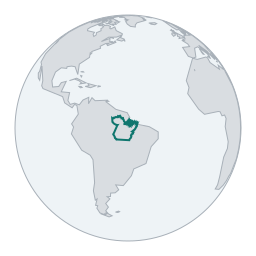 Pará on an orthographic globe
{"feature_id": "BRA-594", "entity_name": "Pará", "entity_type": "State", "adm_level": 1, "iso_a3": "BRA", "parent_name": "Brazil", "parent_adm1": "", "projection": "orthographic", "projection_center": [-50.886, -3.617], "detail": "fine", "context": "on_globe", "style": "outline", "palette": "teal", "viewbox_px": 256, "rotation_deg": 0, "n_neighbors": 0, "source": "natural_earth", "source_scale": "10m", "svg_char_len": 12153}
<svg xmlns="http://www.w3.org/2000/svg" viewBox="0 0 256 256"><circle cx="128" cy="128" r="113" fill="#eef3f6" stroke="#a8b0b8"/><path d="M90.1,21.9L91.3,21.5L91.3,22.8L93.5,21.9L94.9,22.3L98.0,21.6L97.1,22.4L100.4,21.2L100.6,20.6L102.1,20.0L104.0,19.6L103.1,20.4L102.1,20.7L102.8,20.8L101.6,21.4L103.3,20.9L102.1,22.2L106.0,20.4L107.3,21.1L105.8,22.1L102.4,22.5L90.4,27.3L87.8,29.0L87.5,30.7L94.5,32.3L93.1,34.3L93.8,36.5L96.2,34.9L96.5,32.7L101.1,30.7L100.9,28.6L102.8,27.6L104.1,25.5L107.7,25.3L110.5,26.4L109.7,28.2L110.9,28.9L114.8,26.9L116.2,30.6L122.3,33.7L122.2,34.9L116.5,37.1L108.7,37.2L101.4,41.5L110.0,38.4L109.7,42.0L111.3,42.6L113.5,42.4L115.1,41.0L115.9,42.4L107.6,45.6L106.8,44.4L109.4,43.2L105.8,43.5L100.2,46.3L100.5,48.3L91.8,51.5L91.9,53.1L90.0,54.9L90.4,52.1L89.5,57.4L79.3,64.1L77.8,74.5L75.1,66.7L71.6,66.1L67.1,66.7L66.7,68.4L61.3,67.8L55.5,72.0L51.9,80.6L52.6,87.0L58.7,86.5L61.3,82.6L66.2,81.4L61.2,91.8L69.6,92.6L67.9,100.5L70.2,104.4L74.7,103.1L79.3,104.8L83.0,100.0L88.8,97.3L88.5,103.7L92.0,97.7L95.1,100.7L106.9,100.2L105.9,101.7L115.8,109.3L127.2,112.7L129.8,117.5L128.4,120.5L132.5,121.4L132.5,123.3L149.3,126.7L158.2,131.9L158.2,138.8L151.2,146.6L146.0,163.5L133.8,168.9L131.4,175.7L123.3,185.6L115.7,184.9L118.7,189.8L115.2,192.8L110.6,193.1L110.5,196.5L107.1,196.7L109.9,198.9L105.7,203.5L108.4,207.1L105.7,210.8L107.6,212.9L106.1,212.8L104.8,213.6L105.1,214.8L99.9,212.9L96.9,208.2L97.7,205.7L95.6,205.3L97.1,198.9L95.3,200.2L93.4,190.7L94.6,182.6L93.0,159.7L90.2,155.2L81.7,150.2L71.4,133.9L73.6,127.0L71.6,123.9L78.3,114.1L76.9,105.5L74.6,104.4L72.1,107.8L64.7,102.9L62.6,96.6L43.0,88.6L41.7,85.8L42.8,80.7L42.0,66.1L39.7,80.3L38.3,77.9L38.3,73.0L39.6,71.4L41.5,64.3L41.0,62.1L45.6,53.7L55.9,42.9L55.2,44.1L57.7,41.7L58.8,40.2L58.8,39.8L68.9,32.1L69.3,31.9L79.4,26.4L90.1,21.9ZM76.6,78.2L86.2,82.9L80.1,83.9L81.4,82.8L79.1,80.8L74.6,79.1L69.4,80.6L76.6,78.2ZM82.4,72.0L80.6,71.7L82.4,71.6L82.4,72.0ZM58.5,39.9L58.5,40.3L56.8,42.4L56.4,42.2L58.5,39.9ZM62.1,36.7L62.8,36.3L59.9,38.5L60.4,38.0L62.1,36.7ZM102.0,25.8L103.0,25.7L102.2,26.1L102.0,25.8ZM101.6,25.1L100.0,25.8L99.5,25.6L100.5,25.2L101.6,25.1ZM103.7,24.5L99.0,25.1L98.3,24.8L101.5,23.1L103.7,24.5ZM99.9,20.6L99.7,21.2L98.1,21.1L99.9,20.6ZM98.5,20.8L91.5,22.2L92.6,21.4L94.7,21.0L94.8,20.5L98.9,19.4L99.7,19.4L98.2,20.1L100.9,19.2L98.5,20.8ZM102.6,19.7L101.1,20.0L101.9,19.3L105.2,18.7L103.8,19.1L102.6,19.7ZM92.9,21.1L94.1,20.6L97.7,19.5L98.7,19.3L99.1,19.4L92.9,21.1ZM104.6,19.1L106.8,18.5L108.0,18.5L104.1,19.5L104.6,19.1ZM100.8,19.4L101.4,19.1L102.1,19.1L100.8,19.4ZM113.8,18.7L111.9,18.8L112.2,18.4L113.8,18.7ZM107.5,18.2L107.0,18.3L107.0,18.2L108.6,17.8L107.5,18.2ZM101.6,18.7L102.8,18.4L101.6,18.6L104.2,18.0L105.2,17.9L106.0,17.7L104.9,18.1L101.6,18.7ZM110.0,17.3L110.7,17.7L114.0,17.5L113.8,17.8L108.5,18.1L110.0,17.3ZM107.1,17.7L108.9,17.5L107.8,17.8L105.9,18.3L107.1,17.7ZM106.1,17.6L102.1,18.4L102.3,18.3L106.1,17.6ZM111.2,17.1L111.6,17.1L111.2,17.1ZM107.9,17.3L106.5,17.5L107.9,17.3ZM111.9,16.8L112.1,16.9L110.8,17.1L111.9,16.8ZM110.3,16.9L111.0,16.8L110.2,17.1L109.6,17.1L110.3,16.9ZM108.4,17.2L108.1,17.2L109.0,17.1L108.4,17.2ZM116.7,16.1L116.1,16.4L113.2,16.8L114.2,16.4L116.7,16.1ZM109.1,216.9L100.6,213.7L105.2,215.1L107.2,213.2L112.1,215.8L109.1,216.9ZM115.5,212.1L118.6,211.1L119.6,211.7L117.8,212.5L115.5,212.1ZM205.6,46.3L206.2,46.9L207.7,48.4L208.2,48.9L206.7,47.5L205.7,46.5L204.6,45.6L209.3,50.9L211.6,53.2L210.4,53.8L214.1,57.9L214.9,59.6L208.9,53.5L207.2,51.4L198.7,45.3L200.4,47.5L208.6,53.6L207.3,53.0L209.7,56.6L207.0,53.5L197.6,46.8L194.6,48.2L195.9,57.1L193.1,58.0L188.3,56.3L182.6,47.4L189.6,46.6L187.7,43.9L181.8,40.3L184.4,40.6L182.9,39.2L185.1,38.9L183.8,35.7L185.4,35.4L180.7,31.6L180.8,31.1L183.6,33.4L186.4,35.1L189.8,35.2L189.2,34.5L185.8,32.1L187.2,32.7L183.5,30.5L183.4,30.0L180.5,28.9L176.4,26.7L174.1,25.3L172.2,24.5L176.1,26.9L178.1,28.1L180.7,29.3L185.7,33.1L185.5,33.7L178.2,29.4L177.0,30.0L171.8,26.9L164.5,21.7L163.7,21.2L163.8,21.2L171.5,24.1L178.9,27.5L186.1,31.5L192.9,35.9L199.4,40.9L205.6,46.3ZM230.6,81.5L227.1,74.6L225.9,72.4L225.8,72.2L225.5,71.7L227.4,75.3L225.0,71.3L232.4,85.6L234.7,91.9L235.0,92.8L237.5,101.4L239.2,110.1L240.3,119.0L240.6,127.9L240.3,136.8L240.3,137.2L240.0,140.0L238.6,149.3L236.5,158.4L236.2,159.3L233.7,165.5L230.6,173.5L228.8,176.1L226.5,180.6L223.2,185.2L218.9,189.4L215.2,189.0L217.6,184.8L219.7,176.6L223.7,157.1L227.4,148.5L228.2,141.7L225.2,126.6L226.1,118.5L224.6,115.0L222.0,115.8L220.0,111.7L218.1,111.5L204.5,114.3L198.6,109.1L187.7,93.7L189.0,87.5L186.3,80.6L192.6,58.2L197.2,59.4L205.9,57.0L207.5,57.8L210.1,62.6L219.4,69.2L218.2,65.2L223.2,69.2L224.2,69.6L218.3,60.6L216.6,59.7L212.8,55.3L211.3,52.2L211.7,52.6L217.2,59.2L222.3,66.3L226.7,73.8L230.6,81.5ZM194.3,69.2L195.0,71.1L194.3,69.2ZM107.3,100.2L108.7,101.4L106.7,101.4L107.3,100.2ZM78.9,86.4L81.1,86.5L82.2,87.4L80.4,87.8L78.9,86.4ZM98.2,85.8L100.8,86.3L97.9,86.9L98.2,85.8ZM87.8,83.5L96.0,85.7L90.4,87.7L85.2,86.4L89.0,85.7L87.8,83.5ZM80.7,75.5L82.0,75.9L81.3,77.0L80.7,75.5ZM83.7,72.0L83.1,72.1L82.6,71.2L83.7,72.0ZM110.2,41.8L110.9,41.6L113.0,41.7L111.7,42.3L110.2,41.8ZM124.2,39.1L125.1,41.4L123.6,40.0L121.9,41.1L116.8,39.9L121.9,35.5L120.5,37.6L124.2,39.1ZM111.3,37.5L114.0,38.5L110.9,37.6L111.3,37.5ZM172.2,32.8L174.4,33.5L175.6,35.0L173.6,36.3L171.7,34.0L172.2,32.8ZM177.2,34.3L170.5,30.2L171.5,29.5L172.1,30.5L173.4,30.5L174.7,32.2L182.2,35.9L183.8,37.6L179.1,38.5L179.8,37.1L177.6,36.4L177.2,34.3ZM151.7,23.9L148.8,23.0L154.7,22.7L156.7,23.6L154.8,24.7L151.3,24.2L151.7,23.9ZM110.2,21.7L108.7,22.0L108.9,21.6L110.4,21.2L110.2,21.7ZM112.9,18.8L116.9,20.5L115.4,20.8L119.6,21.9L117.3,23.2L114.6,22.4L116.0,24.4L112.7,24.2L114.0,25.6L108.4,23.6L105.5,23.8L109.7,23.0L111.9,21.8L112.0,21.3L110.0,20.1L104.9,20.2L106.2,19.3L108.6,18.6L110.0,18.4L108.7,19.0L111.6,18.4L110.7,19.2L112.9,18.8ZM135.1,15.7L133.0,15.7L138.7,16.0L137.9,16.2L138.6,16.2L139.4,16.6L141.6,17.1L140.7,17.2L142.0,17.4L142.5,17.8L143.9,18.1L142.9,18.5L144.5,19.1L143.0,19.0L146.2,19.9L143.4,19.4L143.8,20.0L146.3,20.2L137.0,22.8L135.3,24.9L135.3,27.0L130.5,26.4L127.3,24.1L125.7,21.6L128.0,20.0L125.4,20.2L125.8,19.5L127.7,19.6L124.9,19.1L125.7,18.6L124.2,17.4L119.8,17.3L119.1,17.0L121.3,16.8L119.1,16.7L122.7,16.2L122.3,16.1L125.5,15.7L129.8,15.7L129.0,15.6L131.4,15.5L135.1,15.7ZM117.6,15.9L123.0,15.6L125.3,15.6L118.8,16.3L118.7,16.5L114.7,17.4L111.6,17.4L113.0,17.1L113.7,16.9L114.4,17.0L114.3,16.7L116.3,16.4L116.8,16.2L118.4,16.1L117.6,15.9ZM207.3,56.1L208.2,56.3L209.1,56.2L210.6,58.6L207.3,56.1ZM201.0,51.6L201.5,51.3L204.0,54.3L203.1,54.2L201.0,51.6ZM199.5,48.7L201.3,51.0L199.8,49.7L199.5,48.7ZM183.8,33.2L184.1,32.9L185.0,33.4L185.8,34.3L183.8,33.2ZM149.1,17.3L151.8,17.9L150.2,17.6L149.8,17.5L145.8,16.8L146.0,16.8L147.0,17.0L149.1,17.3ZM219.2,62.0L220.2,63.6L219.5,62.7L219.3,62.3L219.2,62.0ZM216.2,60.9L217.9,62.2L216.6,61.5L216.2,60.9ZM151.4,17.8L151.5,17.8L149.8,17.5L150.0,17.5L151.4,17.8Z" fill="#d9dde1" stroke="#a8b0b8" stroke-width="1"/><path d="M115.8,117.0L116.2,117.2L117.0,117.1L117.9,117.3L118.1,117.2L118.1,116.9L117.8,116.5L117.7,116.5L117.9,116.2L118.0,116.0L118.5,116.2L119.1,116.2L119.3,116.0L119.7,115.9L119.7,116.0L120.0,115.8L120.2,116.1L120.4,116.2L120.5,116.5L120.3,117.0L120.4,117.4L121.2,117.5L121.7,117.7L121.7,118.0L121.9,117.9L122.2,118.2L122.5,118.1L122.8,118.2L122.8,118.5L123.0,118.4L123.0,118.6L122.9,118.7L123.0,119.1L123.3,119.3L123.6,119.5L123.6,120.1L123.8,120.4L123.8,120.8L124.0,121.3L124.6,121.7L124.6,122.0L124.8,122.2L124.8,122.6L125.1,122.6L125.1,123.0L125.3,123.1L125.6,123.2L125.7,123.3L125.8,123.1L126.0,123.2L126.0,123.5L125.8,123.6L125.3,123.5L124.4,123.9L124.4,124.0L125.3,123.9L125.4,124.0L125.5,124.1L125.9,124.0L126.5,123.6L126.9,123.5L127.0,123.3L127.8,122.9L127.8,122.7L127.9,122.8L127.9,122.7L128.1,122.7L128.1,122.9L127.9,123.1L128.1,123.3L128.1,123.7L128.5,124.3L128.3,124.3L128.3,124.5L128.2,124.6L128.4,124.6L128.4,124.4L128.5,124.5L128.8,124.7L128.8,124.8L128.9,124.7L128.9,125.0L129.1,124.6L129.4,124.7L129.5,124.5L129.8,124.5L130.0,124.6L130.0,125.0L130.0,124.9L130.1,125.0L130.0,124.6L130.4,124.6L130.5,124.8L130.4,124.6L130.5,124.5L130.8,124.4L130.8,124.5L131.0,124.6L131.0,124.8L130.6,125.6L130.6,125.8L130.4,126.2L130.7,126.1L131.2,124.7L131.8,124.0L132.0,124.0L131.6,124.5L131.8,124.4L132.4,123.6L132.8,124.2L132.7,123.9L133.0,123.8L132.7,123.8L132.7,123.4L132.8,123.3L133.0,123.5L133.1,123.2L133.1,122.9L133.3,122.9L133.4,122.7L133.4,122.4L133.6,122.2L133.7,122.4L133.9,122.2L134.1,122.3L134.0,122.0L134.2,122.4L134.4,122.3L134.5,122.0L134.7,122.4L134.9,122.5L134.9,122.4L134.7,122.3L134.7,122.1L134.8,122.1L135.1,122.1L135.2,122.3L135.3,122.2L135.3,122.4L135.4,122.5L135.5,122.2L135.5,122.6L135.7,122.3L135.8,122.5L135.7,122.6L136.0,122.3L136.1,122.7L136.1,122.8L136.2,122.6L136.4,122.6L136.1,122.8L136.8,122.6L136.7,122.7L136.7,123.0L136.9,122.9L136.9,123.0L137.0,122.9L137.0,123.1L137.0,122.9L137.1,123.1L137.0,122.9L137.1,122.7L137.3,122.7L137.1,123.2L137.3,123.1L137.5,123.2L137.3,123.5L137.2,123.8L137.2,124.2L137.0,124.3L137.0,124.5L137.1,124.8L137.0,125.2L136.8,125.3L136.7,125.9L136.3,126.2L136.5,126.5L136.3,126.6L136.2,127.1L136.0,127.4L135.7,127.6L135.7,127.8L135.5,128.5L135.0,128.9L134.9,129.3L134.5,129.8L134.3,130.0L134.0,129.9L132.2,131.4L132.6,131.5L132.9,131.5L133.1,131.7L133.2,131.8L133.4,132.0L133.1,132.2L133.2,132.6L133.1,132.9L132.8,133.0L132.9,133.4L132.7,133.4L132.5,133.5L132.3,134.0L131.7,134.2L131.3,134.5L131.3,135.1L130.9,135.7L131.0,136.0L131.4,136.2L131.1,137.3L130.6,138.2L130.2,138.4L129.6,139.2L129.4,139.9L129.3,140.2L117.2,139.5L116.8,139.3L116.6,139.4L116.5,139.1L116.1,139.1L116.0,138.7L115.0,138.1L114.8,137.5L114.9,137.1L114.6,136.7L114.2,135.7L113.8,135.3L113.8,135.0L113.3,134.5L113.2,134.2L113.6,133.7L117.2,125.6L117.4,125.3L117.0,125.4L117.0,125.2L116.6,125.3L116.5,125.2L116.5,124.9L116.0,124.8L115.8,124.5L114.7,124.1L113.4,123.1L113.2,122.6L112.6,122.2L112.6,121.8L112.4,121.6L112.2,118.4L112.4,118.6L112.7,118.4L113.0,118.5L113.1,118.3L113.1,118.1L113.3,118.0L113.4,117.8L114.0,118.0L114.1,117.7L114.9,117.6L115.3,117.1L115.5,117.1L115.8,117.0ZM132.9,121.6L132.7,122.4L132.5,122.2L132.6,122.6L132.4,122.9L132.4,123.0L132.1,123.3L131.9,123.1L132.0,123.3L132.0,123.7L131.8,123.4L131.7,123.4L131.8,123.5L131.7,123.6L131.8,123.5L132.0,123.7L131.6,123.9L131.3,123.6L131.3,124.0L131.0,124.0L130.9,123.8L131.0,124.1L130.8,124.1L130.7,123.8L130.7,124.0L130.6,124.3L130.4,124.4L130.2,124.0L130.3,124.3L130.2,124.4L129.7,124.3L129.7,124.1L129.4,124.4L129.3,124.1L129.2,124.0L129.3,124.0L129.2,123.8L129.2,124.0L129.3,124.1L129.2,124.3L129.1,124.1L129.2,124.3L128.9,124.5L128.6,124.4L128.6,124.2L128.2,123.7L128.2,123.0L128.6,123.2L128.8,122.9L128.4,123.0L128.2,122.9L128.3,122.0L128.7,122.2L128.4,122.1L128.4,121.6L128.6,121.3L128.9,121.2L129.0,121.1L130.4,121.4L130.9,121.4L131.3,121.2L131.7,121.3L131.9,121.2L131.9,121.3L132.8,121.4L132.9,121.6ZM127.2,121.9L127.5,122.2L127.2,122.9L126.9,123.2L126.3,123.7L125.9,123.8L126.0,123.4L126.4,123.0L126.4,122.6L126.7,122.1L127.1,121.9L127.0,122.2L127.2,121.9ZM129.7,120.3L130.0,120.3L130.4,120.1L130.7,120.2L130.7,120.3L130.3,120.5L130.0,120.9L129.7,121.0L129.6,120.8L129.1,120.8L129.0,120.5L129.5,120.5L129.7,120.3ZM127.9,121.5L127.7,121.3L127.9,120.9L128.2,120.8L128.5,120.9L128.5,121.1L128.4,121.2L127.9,121.5ZM130.1,121.1L130.3,120.9L130.7,120.7L131.0,120.9L130.8,121.1L130.3,121.2L130.1,121.1ZM129.1,120.1L129.2,119.7L129.5,119.8L129.5,119.7L129.7,119.9L129.3,120.2L129.1,120.1ZM129.1,120.3L128.9,120.6L128.7,120.5L128.9,120.1L128.9,119.8L129.0,119.7L129.1,120.3ZM128.1,122.0L128.1,122.3L127.6,122.5L127.6,122.2L128.1,122.0ZM128.5,120.8L128.5,120.5L128.8,120.6L128.9,120.9L128.6,120.9L128.5,120.8ZM127.5,121.2L127.4,121.5L127.0,121.8L127.5,121.2ZM133.3,122.5L133.3,122.9L133.1,122.9L133.3,122.5ZM131.1,124.3L131.0,124.6L130.8,124.6L131.0,124.3L131.1,124.3ZM133.0,123.0L133.0,123.3L132.8,123.2L133.0,123.0ZM134.3,122.0L134.4,122.3L134.2,122.2L134.3,122.0ZM130.7,124.2L130.9,124.2L130.7,124.3L130.7,124.2ZM133.7,122.2L133.9,122.2L133.7,122.3L133.7,122.2ZM129.6,120.3L129.4,120.4L129.5,120.2L129.6,120.3Z" fill="none" stroke="#0f766e" stroke-width="2"/></svg>